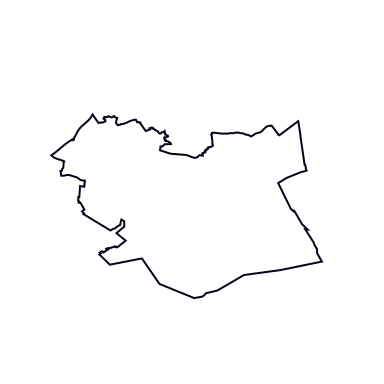 outline of Westerveld, Drenthe, Netherlands, rotated 198°
{"feature_id": "6326949B14742340230045", "entity_name": "Westerveld", "entity_type": "district", "adm_level": 2, "iso_a3": "NLD", "parent_name": "Netherlands", "parent_adm1": "Drenthe", "projection": "equal_earth", "projection_center": [6.318, 52.828], "detail": "fine", "context": "isolated", "style": "outline", "palette": "ink", "viewbox_px": 384, "rotation_deg": 198, "n_neighbors": 0, "source": "geoboundaries", "source_scale": "gbopen_adm2", "svg_char_len": 5668}
<svg xmlns="http://www.w3.org/2000/svg" viewBox="0 0 384 384"><g transform="rotate(198 192 192)"><path d="M149.8,95.7L147.9,98.6L147.6,99.9L137.5,106.1L122.6,122.7L117.1,129.0L109.9,132.5L104.9,134.9L84.1,144.9L49.0,164.8L48.1,165.4L46.9,165.9L54.1,172.4L55.4,176.3L58.4,178.9L59.4,179.9L60.2,180.9L60.6,181.4L60.6,181.5L63.9,184.2L65.3,185.5L66.2,186.1L72.8,191.6L70.5,192.0L77.3,195.4L88.7,205.5L88.8,205.1L89.2,204.9L93.1,206.7L93.3,207.0L94.4,208.2L112.8,227.1L106.5,234.5L95.5,243.8L89.7,247.7L89.6,248.0L90.1,248.2L90.5,248.6L90.8,249.0L91.1,249.8L91.4,250.5L92.8,252.9L93.4,252.8L98.5,263.2L105.3,276.9L107.0,280.6L111.4,289.5L112.6,291.8L112.9,292.2L113.6,291.2L126.4,273.0L127.8,273.6L128.1,273.4L128.2,273.7L128.4,274.0L136.8,279.7L139.4,278.6L140.3,278.0L141.0,277.5L141.7,276.5L142.2,275.7L144.5,271.3L145.1,270.4L145.6,269.9L146.2,269.4L146.9,268.9L148.5,268.0L149.3,267.4L149.6,267.1L150.1,266.6L151.0,265.3L151.7,264.4L152.6,263.5L153.4,262.9L154.4,263.4L155.5,263.6L159.4,263.2L159.7,263.3L160.5,263.5L161.1,263.6L161.7,263.5L162.4,263.3L164.3,262.9L164.2,262.9L164.4,262.9L164.9,262.8L166.0,262.9L166.7,262.8L167.2,262.6L168.3,262.1L169.5,261.6L171.1,260.6L172.8,260.1L173.5,259.9L175.3,259.1L176.0,258.6L176.3,258.4L179.3,257.6L181.4,256.8L189.3,255.2L190.7,254.8L191.0,254.7L191.2,254.4L191.3,254.2L191.2,254.0L190.9,253.3L190.8,253.0L190.9,252.8L191.0,252.7L191.4,252.5L190.5,251.1L189.4,248.9L188.1,246.1L187.8,245.2L187.6,244.1L187.5,243.9L187.0,243.6L186.6,242.8L186.4,242.6L186.6,242.1L186.8,241.9L187.8,241.0L188.1,240.7L188.4,240.3L188.5,240.2L189.2,240.1L189.7,240.0L189.9,239.8L190.2,239.6L190.2,239.4L190.3,239.1L190.6,239.1L190.7,238.9L190.1,238.5L190.0,238.4L190.0,238.2L190.7,237.9L190.8,237.8L190.9,237.5L191.0,237.0L191.3,236.7L191.8,236.5L191.4,236.1L192.2,235.7L192.3,235.2L192.5,235.0L192.4,234.7L191.8,234.6L191.6,234.2L191.7,233.7L191.9,233.5L192.1,233.5L192.5,233.6L192.5,233.3L192.4,233.2L192.9,232.8L193.3,232.7L193.6,232.5L193.8,232.4L194.1,231.7L194.2,231.4L194.1,231.2L193.3,230.7L193.0,230.2L192.9,229.9L193.5,229.8L194.8,229.5L195.9,229.4L196.2,229.3L196.4,229.2L197.6,226.9L198.1,226.4L198.6,226.0L199.1,225.7L199.9,225.3L200.4,225.2L201.1,225.2L204.1,225.2L204.5,225.2L205.4,225.5L205.8,225.5L209.4,225.3L212.1,224.7L215.7,223.8L218.4,223.2L219.5,223.0L219.8,222.8L222.4,222.2L224.4,221.8L235.3,221.8L236.0,225.6L235.0,225.9L234.3,226.2L232.7,229.0L226.7,231.1L226.8,231.3L227.2,231.5L227.7,231.9L229.0,232.4L230.8,232.7L231.1,232.7L231.8,232.6L232.1,232.5L232.6,232.3L232.8,232.3L233.1,232.5L233.2,233.2L233.7,232.9L233.9,232.9L234.0,233.0L234.9,234.3L234.6,234.4L235.0,235.5L233.6,236.1L233.3,236.3L232.7,236.8L231.9,237.5L232.4,238.1L233.3,237.6L234.2,238.5L235.1,238.5L235.4,238.4L235.6,238.6L235.3,238.8L236.8,241.4L237.2,240.6L237.3,240.5L237.8,240.3L238.4,239.8L239.2,239.4L239.5,239.2L239.5,238.4L239.7,238.1L240.2,237.9L241.1,237.7L241.4,237.7L241.8,237.9L242.3,238.2L242.8,238.8L243.2,239.0L244.7,239.3L246.1,239.8L246.9,239.6L248.4,240.7L249.0,240.2L249.3,240.3L250.1,240.9L252.1,239.4L251.1,238.6L254.8,235.7L262.0,241.0L261.8,241.1L262.4,241.7L262.5,241.9L263.0,241.6L263.4,242.0L263.8,241.8L264.3,241.8L264.4,242.0L265.8,241.4L267.1,242.9L267.6,243.4L267.8,243.5L270.4,242.1L273.1,240.1L274.9,238.3L278.5,235.4L280.9,234.5L280.9,234.4L280.8,234.1L280.9,233.8L281.2,233.6L281.6,233.4L282.2,233.3L283.0,232.6L284.3,233.1L285.8,234.5L286.1,239.2L286.3,239.1L287.8,239.2L288.7,239.6L289.1,239.7L289.1,240.0L290.1,239.9L290.5,239.0L290.8,238.5L291.3,238.2L291.8,238.1L292.4,238.0L292.5,238.0L292.8,238.2L293.1,238.2L294.8,238.4L295.3,237.2L296.6,237.0L296.7,236.6L297.2,236.6L298.4,236.3L298.5,236.3L298.5,236.1L298.9,234.4L297.4,234.0L296.8,233.7L296.8,232.8L296.3,232.6L296.5,232.1L296.8,231.9L297.4,231.3L298.9,230.3L299.4,230.1L299.9,230.0L300.1,229.7L300.5,229.6L301.3,229.3L302.2,229.3L302.4,228.8L310.5,235.0L310.8,233.2L311.2,231.7L311.9,229.9L312.7,228.0L317.4,220.0L317.9,219.0L318.4,217.7L319.0,216.1L319.5,214.4L319.4,214.4L319.9,211.9L320.2,210.0L320.5,208.8L320.4,208.8L320.8,207.3L320.8,207.0L320.8,206.7L320.4,205.7L320.4,205.3L320.5,205.1L320.9,204.7L321.3,204.4L321.7,204.7L321.5,204.9L322.1,205.2L322.3,204.8L322.4,204.7L323.4,203.2L323.5,203.2L324.2,202.4L326.9,199.0L327.3,198.4L330.3,193.6L330.9,192.6L331.3,191.9L333.1,189.0L334.5,187.0L337.1,183.4L333.9,182.1L328.9,181.7L328.6,181.8L327.4,182.0L327.0,182.0L323.1,181.6L323.3,181.2L321.9,175.1L322.6,173.7L322.5,171.7L323.5,171.3L321.5,167.1L320.1,167.5L318.7,168.0L318.0,168.4L316.6,169.3L315.8,169.7L314.9,170.0L313.9,170.2L306.7,170.3L305.8,170.3L305.0,170.1L304.5,170.0L302.8,169.3L302.0,169.1L301.2,169.0L299.9,169.1L297.5,169.8L297.2,169.1L297.1,168.6L296.9,168.3L296.9,166.7L296.9,166.1L296.4,165.7L296.3,165.0L296.1,163.7L297.9,163.5L298.1,163.3L298.4,163.3L300.3,163.1L297.6,152.3L298.5,152.2L297.9,150.0L297.4,148.1L296.5,148.1L296.2,146.8L294.9,147.4L288.9,142.0L288.9,141.8L289.3,141.5L289.7,141.0L290.0,140.7L290.2,139.8L290.5,139.6L288.4,138.4L288.9,138.1L288.7,137.5L271.3,133.4L264.9,131.9L257.7,130.2L255.6,132.6L255.2,132.9L254.1,133.5L253.9,133.7L252.9,135.2L252.4,136.0L251.7,137.0L251.3,137.4L250.4,138.2L250.1,138.5L250.2,138.8L250.4,140.5L250.6,142.0L250.6,142.6L250.6,144.0L247.5,143.2L245.7,138.2L251.1,129.5L240.0,125.2L245.7,116.7L246.2,116.2L246.5,116.2L247.2,116.5L247.6,115.9L248.8,116.4L249.5,115.6L252.1,113.7L252.3,113.8L252.9,113.1L253.6,112.4L254.6,112.8L254.8,112.7L256.0,111.4L254.6,110.8L257.3,107.4L257.5,107.1L259.2,107.9L261.0,105.9L259.8,105.3L260.9,104.0L247.6,97.5L219.8,113.0L218.9,113.2L194.5,94.5L178.5,93.3L157.1,91.8L149.8,95.7Z" fill="none" stroke="#020617" stroke-width="2"/></g></svg>